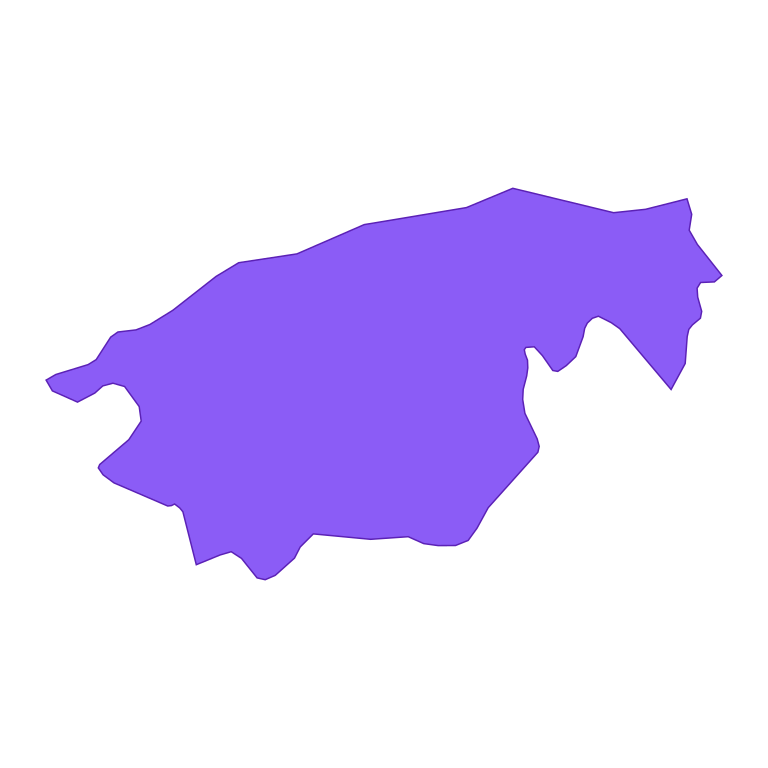 the Province of Ciudad de la Habana
{"feature_id": "CUB-1428", "entity_name": "Ciudad de la Habana", "entity_type": "Province", "adm_level": 1, "iso_a3": "CUB", "parent_name": "Cuba", "parent_adm1": "", "projection": "mercator", "projection_center": [-82.298, 23.071], "detail": "fine", "context": "isolated", "style": "filled", "palette": "violet", "viewbox_px": 768, "rotation_deg": 0, "n_neighbors": 0, "source": "natural_earth", "source_scale": "10m", "svg_char_len": 1262}
<svg xmlns="http://www.w3.org/2000/svg" viewBox="0 0 768 768"><path d="M46.1,380.1L55.8,374.5L88.1,364.6L96.2,359.6L110.7,337.1L117.9,332.0L136.0,329.9L149.9,324.5L172.8,310.3L216.1,276.4L238.7,262.7L296.9,253.9L364.2,224.6L466.4,207.6L512.8,188.3L613.6,212.7L645.6,209.3L687.0,198.8L691.7,214.3L689.2,230.2L697.4,244.5L721.9,275.5L714.4,281.9L700.6,282.5L697.1,288.2L697.7,297.1L701.7,311.4L700.4,318.2L692.4,324.9L688.8,329.4L687.2,336.6L685.2,363.5L671.1,389.5L619.8,328.7L611.3,322.7L598.4,316.2L592.3,318.3L587.3,323.1L584.7,328.3L583.1,336.7L575.8,356.6L566.3,365.6L557.8,371.4L552.8,370.5L542.4,355.6L534.3,346.8L525.9,347.4L524.3,349.7L525.2,354.1L527.5,360.2L527.8,367.9L526.7,375.9L523.2,389.3L522.7,399.5L524.9,413.3L537.2,438.9L539.2,446.4L537.9,452.2L488.2,507.7L477.0,528.2L468.2,540.4L455.5,545.5L438.2,545.6L423.7,543.6L408.2,536.7L370.6,539.3L313.3,533.9L300.2,547.0L294.5,558.1L275.3,575.3L265.2,579.7L257.1,577.9L241.5,558.4L231.2,551.7L220.0,555.0L196.3,564.7L182.9,511.8L179.7,507.9L174.6,504.0L171.4,505.6L167.7,506.0L114.0,482.9L103.1,474.8L98.3,467.9L99.7,464.5L128.8,439.7L141.2,421.1L139.2,406.6L124.6,386.5L112.9,383.2L102.8,385.9L94.9,393.0L77.5,402.1L52.4,390.9L46.1,380.1Z" fill="#8b5cf6" stroke="#5b21b6" stroke-width="1.5"/></svg>